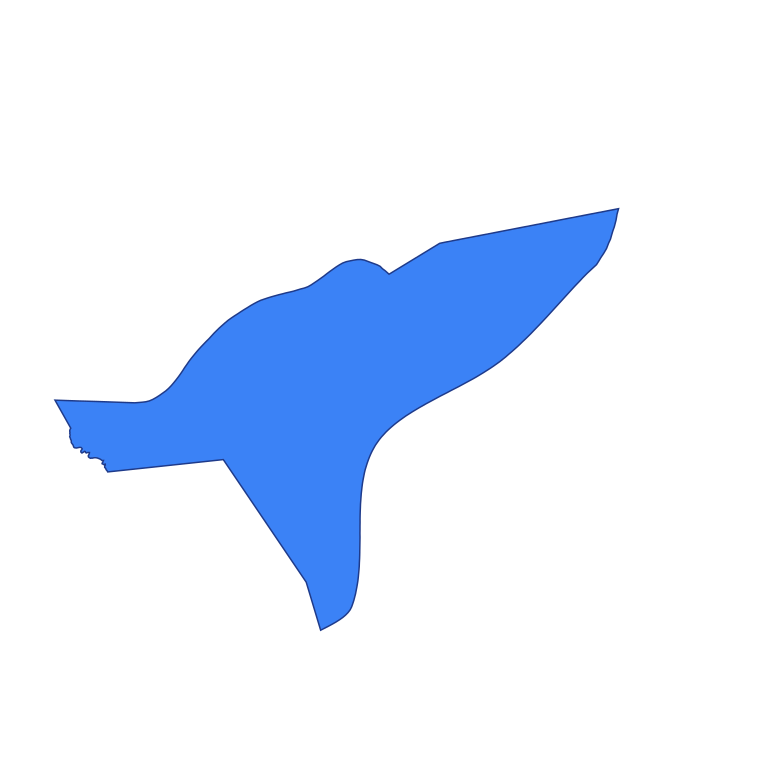 San Blas de los Sauces, La Rioja, Argentina (Equal Earth projection), rotated 236°
{"feature_id": "61730980B47967614400586", "entity_name": "San Blas de los Sauces", "entity_type": "district", "adm_level": 2, "iso_a3": "ARG", "parent_name": "Argentina", "parent_adm1": "La Rioja", "projection": "equal_earth", "projection_center": [-67.15, -28.58], "detail": "fine", "context": "isolated", "style": "filled", "palette": "blue", "viewbox_px": 768, "rotation_deg": 236, "n_neighbors": 0, "source": "geoboundaries", "source_scale": "gbopen_adm2", "svg_char_len": 3965}
<svg xmlns="http://www.w3.org/2000/svg" viewBox="0 0 768 768"><g transform="rotate(236 384 384)"><path d="M554.6,102.2L522.5,99.6L522.0,98.5L521.2,97.5L520.5,97.0L519.6,96.7L519.0,96.0L517.9,95.6L516.8,94.9L516.0,93.9L514.9,93.8L513.5,93.3L512.1,93.1L511.1,92.5L510.3,92.0L509.1,92.0L507.5,92.1L506.3,91.8L505.0,91.5L504.7,91.7L504.3,91.7L503.0,93.1L502.5,94.2L501.8,96.0L501.1,97.0L500.7,97.4L499.2,97.6L498.7,97.2L498.6,96.6L498.3,95.6L497.3,94.7L496.6,94.7L495.9,94.9L495.7,95.0L495.6,96.6L495.6,98.2L494.9,98.6L494.1,98.3L493.3,98.6L493.1,99.6L492.4,100.8L491.9,101.5L491.2,100.9L490.5,99.9L489.8,98.6L488.7,98.2L488.1,98.4L487.6,98.5L486.5,99.2L486.3,99.8L485.5,101.0L485.0,102.4L484.0,103.9L482.8,105.1L482.0,105.6L481.8,105.8L481.2,106.2L480.0,106.9L478.3,107.4L477.5,108.6L477.2,108.0L476.5,107.4L476.3,106.6L475.6,105.7L474.9,106.1L474.1,106.5L473.4,108.1L472.6,107.6L472.4,106.6L472.0,106.5L471.3,106.0L471.1,105.8L470.7,105.8L469.9,106.1L469.0,105.9L468.4,105.7L467.1,105.9L466.7,105.9L465.6,105.8L445.3,144.1L411.2,208.5L263.2,208.7L215.3,193.8L215.2,194.7L214.7,198.9L214.2,203.1L213.8,207.3L213.5,211.3L213.5,212.5L213.4,215.3L213.5,219.2L213.9,222.9L214.6,226.3L215.7,229.6L217.3,232.5L219.3,235.2L221.4,237.9L223.6,240.4L225.9,243.0L228.3,245.4L230.7,247.8L233.2,250.2L234.8,251.7L235.8,252.6L238.5,254.9L241.2,257.1L244.0,259.4L246.8,261.6L249.7,263.7L252.6,265.9L255.5,268.0L257.9,269.7L258.5,270.1L261.5,272.2L264.5,274.3L267.5,276.4L270.5,278.5L273.6,280.5L276.6,282.6L279.7,284.7L282.7,286.8L285.7,288.8L288.7,290.9L291.6,293.0L294.6,295.2L297.5,297.3L300.3,299.5L303.1,301.7L305.9,303.9L308.6,306.2L311.3,308.5L313.9,310.8L316.4,313.2L318.8,315.6L321.2,318.0L323.5,320.5L325.6,323.1L327.7,325.7L329.7,328.4L331.6,331.1L333.4,333.9L335.1,336.8L336.6,339.7L338.1,342.7L339.3,345.8L340.5,349.0L341.5,352.2L342.3,355.6L343.1,358.9L343.7,362.4L344.2,365.9L344.6,369.4L344.9,373.1L345.1,376.7L345.2,380.5L345.3,384.2L345.2,388.1L345.1,391.9L344.9,395.8L344.7,399.7L344.4,403.7L344.1,407.7L343.7,411.7L343.3,415.7L342.9,419.8L342.5,423.9L342.0,427.9L341.5,432.0L341.1,436.1L340.6,440.2L340.1,444.3L339.7,448.4L339.3,452.5L338.9,456.6L338.5,460.7L338.2,464.7L338.0,468.8L337.8,472.8L337.7,476.8L337.6,480.7L337.6,484.7L337.7,488.6L337.8,492.4L338.1,496.2L338.4,500.0L338.9,503.8L339.3,507.6L339.8,511.3L340.3,515.1L340.9,518.8L341.6,522.6L342.2,526.3L342.9,530.1L343.6,533.8L344.4,537.5L345.2,541.2L346.0,545.0L346.8,548.7L347.5,551.7L348.5,556.1L349.4,559.8L350.3,563.5L351.2,567.2L352.1,570.9L353.0,574.6L353.9,578.3L354.8,582.0L355.7,585.7L356.6,589.4L357.5,593.1L358.4,596.9L359.2,600.6L360.0,604.3L360.9,608.0L362.2,614.5L364.1,626.9L365.8,630.8L367.5,634.4L369.5,639.3L371.9,644.3L375.2,649.0L377.4,652.7L380.2,656.0L383.0,659.4L385.5,662.8L390.2,668.1L394.5,672.2L398.2,676.5L418.2,629.6L420.1,625.1L442.8,571.7L467.5,513.7L469.5,508.8L472.2,449.6L477.3,448.3L480.4,447.2L483.7,446.6L486.6,445.0L489.4,443.0L492.1,441.0L494.9,439.0L497.7,437.0L500.2,434.4L502.1,431.4L503.7,428.0L505.1,424.6L506.5,421.1L507.4,417.4L507.7,413.6L507.8,409.7L507.7,405.7L507.6,402.1L507.4,398.3L507.1,394.4L507.0,390.6L506.9,386.8L506.9,382.9L506.9,379.1L507.2,375.3L508.1,371.6L509.4,368.0L510.5,364.4L511.6,360.8L512.9,357.3L514.3,353.8L515.5,350.3L516.8,346.8L518.0,343.2L519.2,339.6L520.3,336.0L521.3,332.4L522.3,328.7L522.9,325.0L523.3,321.2L523.6,317.3L523.7,313.5L523.9,309.6L524.0,305.8L524.0,302.0L524.1,298.1L524.1,294.3L524.0,290.5L523.6,286.6L523.1,282.9L522.6,279.1L521.9,275.3L521.2,271.6L520.3,267.9L519.4,264.2L518.7,260.4L517.9,256.7L517.1,253.0L516.2,249.3L515.2,245.7L514.1,242.0L513.0,238.4L511.8,234.9L510.4,231.4L509.1,227.9L507.6,224.5L506.2,221.0L504.9,217.5L503.7,213.9L502.6,210.3L501.6,206.7L500.8,202.9L500.3,199.1L500.2,195.3L500.1,191.4L500.2,187.6L500.5,183.8L501.2,180.0L502.5,176.5L504.2,173.2L506.0,170.0L507.8,166.8L530.1,136.1L537.0,126.5L541.5,120.2L554.6,102.2Z" fill="#3b82f6" stroke="#1e3a8a" stroke-width="1.5"/></g></svg>